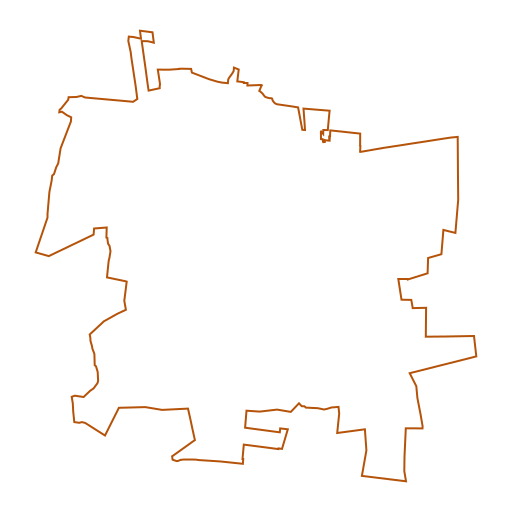 Cansahcab, Yucatán, Mexico (Equal Earth projection)
{"feature_id": "50627088B59546210151388", "entity_name": "Cansahcab", "entity_type": "district", "adm_level": 2, "iso_a3": "MEX", "parent_name": "Mexico", "parent_adm1": "Yucatán", "projection": "equal_earth", "projection_center": [-89.082, 21.167], "detail": "fine", "context": "isolated", "style": "outline", "palette": "amber", "viewbox_px": 512, "rotation_deg": 0, "n_neighbors": 0, "source": "geoboundaries", "source_scale": "gbopen_adm2", "svg_char_len": 3365}
<svg xmlns="http://www.w3.org/2000/svg" viewBox="0 0 512 512"><path d="M234.0,67.6L233.6,71.2L232.0,73.8L228.8,78.2L228.2,79.6L227.9,83.2L222.1,82.6L217.5,81.7L208.8,79.1L191.9,72.6L191.1,68.9L181.6,68.7L179.1,68.8L179.1,69.0L168.9,69.7L157.8,69.6L159.9,83.3L160.0,84.8L159.7,85.6L159.7,88.2L148.6,90.6L147.4,82.4L145.6,68.9L141.7,41.1L147.5,41.2L149.9,41.7L153.8,42.7L153.1,37.1L152.5,32.3L140.0,30.7L140.1,31.7L140.4,34.1L141.0,38.7L133.3,37.0L128.8,36.6L128.3,41.0L129.3,45.5L130.7,52.2L131.4,57.9L135.7,86.4L137.3,99.0L133.1,101.8L120.0,100.6L104.2,99.2L85.1,97.5L81.3,95.9L76.4,97.0L68.6,97.2L68.2,99.8L67.1,101.1L61.2,108.5L59.6,109.8L59.3,112.3L61.9,111.7L66.9,115.2L71.2,117.3L70.9,121.5L68.9,126.7L60.6,148.3L58.2,163.4L56.2,167.3L54.0,174.1L52.2,175.6L51.7,180.3L49.4,192.0L47.5,214.1L47.5,217.6L35.7,252.4L48.8,256.1L93.6,234.6L94.1,228.5L106.7,227.5L106.4,237.6L107.4,238.0L107.5,239.8L108.1,243.8L109.5,245.8L110.5,251.2L109.3,258.6L109.0,259.2L108.6,261.5L107.8,269.3L107.0,277.4L125.3,281.2L126.7,281.6L124.3,300.8L125.9,309.8L117.7,313.6L117.0,314.0L115.0,315.1L103.9,321.3L89.7,334.5L90.4,338.1L90.4,340.5L90.8,342.0L91.4,344.1L91.8,345.4L92.1,346.9L92.4,348.7L94.1,353.1L94.4,354.1L94.7,365.2L96.0,366.3L97.7,372.0L98.1,380.9L97.5,383.1L93.6,388.4L90.1,390.8L83.6,397.0L74.8,395.7L71.7,396.8L72.8,403.4L73.2,411.4L74.3,422.1L79.4,422.8L81.8,422.1L85.1,422.9L105.0,435.5L118.9,407.8L145.3,407.1L162.1,409.9L188.0,408.6L190.5,419.8L192.4,428.8L194.9,440.1L192.0,442.1L186.6,446.0L181.4,449.7L178.9,451.5L172.1,456.3L172.6,459.7L176.7,461.1L177.9,461.0L180.7,459.8L180.9,459.9L183.6,459.5L189.4,459.5L195.6,459.6L199.3,460.1L212.0,460.9L218.0,461.3L219.8,461.4L242.9,463.8L243.2,459.0L242.5,459.0L243.8,444.6L269.4,447.9L278.4,449.1L278.5,448.4L282.0,448.9L287.8,429.3L280.2,428.4L279.8,432.3L276.6,431.9L245.1,427.7L246.5,410.7L259.7,411.6L277.1,409.6L290.8,411.9L299.0,403.3L301.7,406.2L304.5,406.3L305.8,407.6L317.9,408.2L324.0,409.5L327.0,408.9L331.3,407.5L338.5,406.9L339.2,413.5L337.2,433.0L364.9,429.3L366.4,450.4L361.9,475.9L406.0,481.3L404.3,471.1L404.5,456.6L405.8,428.3L422.5,428.4L422.6,426.3L420.7,415.1L417.4,398.0L416.3,386.2L409.7,373.2L476.3,356.4L474.0,336.0L446.2,336.5L425.8,336.7L426.1,307.8L412.7,308.1L412.6,307.3L411.3,299.9L401.5,299.7L401.4,299.0L398.3,279.0L407.7,279.0L407.8,279.5L427.6,273.3L428.1,258.0L441.4,254.2L443.4,229.9L448.4,231.2L455.4,232.9L458.2,199.8L458.0,178.4L457.7,136.9L450.5,137.6L443.8,138.6L425.9,141.4L410.1,143.8L406.4,144.4L403.2,144.9L398.0,145.7L393.2,146.4L390.2,146.9L384.0,147.8L360.5,151.9L360.1,151.8L360.4,146.0L360.1,145.9L360.2,133.6L349.9,132.5L341.8,131.6L330.3,130.4L330.0,136.5L329.4,136.4L329.4,137.0L329.2,137.0L329.2,138.6L329.7,138.7L329.6,140.7L324.9,140.2L324.8,142.0L323.6,142.1L323.7,140.5L322.9,141.0L322.7,139.2L321.0,139.1L320.9,131.8L321.1,131.5L323.2,134.0L323.3,130.0L327.8,130.1L328.2,125.6L328.3,124.4L329.0,116.8L329.6,110.7L320.8,110.0L303.5,108.6L304.5,122.2L305.0,130.0L302.3,129.8L298.1,107.4L291.9,106.4L277.4,104.3L276.3,104.0L275.0,103.3L274.1,102.5L272.7,100.6L272.1,98.6L271.7,98.3L270.8,98.2L269.7,98.2L267.9,97.8L265.7,97.1L265.2,96.9L264.1,95.7L262.5,93.5L260.9,92.1L260.3,91.5L259.3,90.9L261.3,86.1L261.8,85.3L261.2,85.0L247.4,85.5L247.5,83.0L243.8,83.0L243.8,82.2L237.3,81.4L238.7,69.5L234.0,67.6Z" fill="none" stroke="#b45309" stroke-width="2"/></svg>